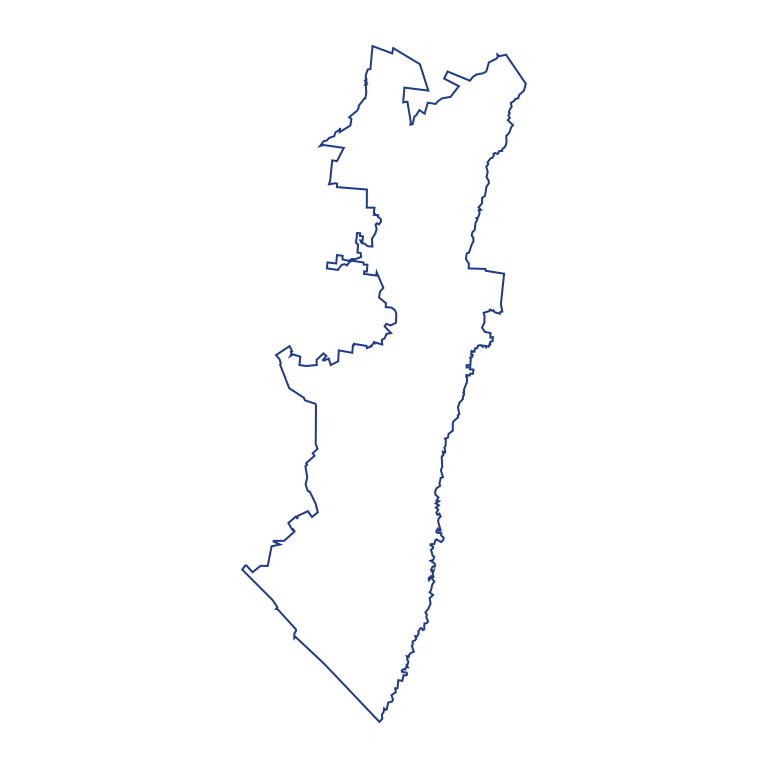 the district of Tapachula, Chiapas, Mexico
{"feature_id": "50627088B38747904305717", "entity_name": "Tapachula", "entity_type": "district", "adm_level": 2, "iso_a3": "MEX", "parent_name": "Mexico", "parent_adm1": "Chiapas", "projection": "natural_earth1", "projection_center": [-92.282, 14.927], "detail": "fine", "context": "isolated", "style": "outline", "palette": "blue", "viewbox_px": 768, "rotation_deg": 0, "n_neighbors": 0, "source": "geoboundaries", "source_scale": "gbopen_adm2", "svg_char_len": 6073}
<svg xmlns="http://www.w3.org/2000/svg" viewBox="0 0 768 768"><path d="M502.3,311.6L500.9,304.1L504.1,273.7L485.8,270.8L485.4,269.0L468.7,268.4L468.9,263.7L466.0,259.2L466.5,254.4L467.0,253.1L469.0,252.6L472.0,243.8L473.4,241.8L473.3,237.5L471.7,235.7L472.4,232.3L474.7,229.9L475.5,222.8L477.3,220.0L477.1,218.6L475.6,217.6L477.5,218.4L479.3,214.5L479.5,211.9L478.7,210.2L480.9,209.9L478.6,207.3L482.1,203.2L482.0,198.1L485.1,195.6L486.4,186.9L488.9,183.1L488.7,180.8L486.5,176.9L487.7,172.4L486.3,166.6L488.4,164.0L487.5,162.4L490.6,158.3L492.6,157.7L493.8,155.4L493.5,153.7L495.1,153.0L497.7,153.9L499.3,151.0L502.2,150.9L502.1,149.3L505.3,146.5L506.5,142.5L506.3,136.0L509.3,132.7L511.2,127.3L513.0,125.1L507.7,120.1L509.8,117.9L508.4,115.3L509.8,113.2L508.8,112.1L509.9,109.3L511.7,106.8L510.8,103.1L514.6,100.5L514.8,99.3L518.3,98.1L519.1,95.0L524.0,90.6L525.8,83.7L506.0,54.7L499.4,56.2L497.4,54.5L497.6,57.2L496.3,58.7L488.9,62.4L486.3,71.5L483.0,73.3L476.6,74.5L473.0,76.8L469.9,80.7L447.6,71.5L444.1,78.6L458.9,86.2L450.5,96.9L442.3,98.3L438.4,100.8L435.6,104.0L427.8,102.7L424.6,113.7L419.4,110.1L416.4,115.0L414.4,116.6L412.6,124.3L410.3,124.6L410.8,122.1L407.4,101.7L403.2,102.4L404.4,87.6L428.3,90.6L419.9,64.2L393.2,48.1L392.2,53.4L372.5,46.1L370.4,69.0L367.8,69.5L366.1,74.1L365.6,77.6L366.5,79.0L365.1,80.4L366.2,80.9L365.5,82.2L366.6,82.5L365.2,84.5L366.7,84.6L365.8,85.8L366.3,93.0L365.3,98.3L364.6,98.3L358.7,105.8L358.6,108.1L357.0,110.8L349.2,117.2L351.4,118.9L350.4,125.5L339.8,132.1L340.2,128.0L339.3,130.0L335.5,132.3L334.2,136.2L329.2,137.9L326.8,140.5L323.8,141.1L320.0,146.1L323.4,145.0L343.8,147.9L337.0,161.1L332.2,160.4L330.2,180.3L329.0,184.3L335.0,183.3L337.1,183.6L336.9,187.1L366.9,189.5L366.8,207.6L374.5,207.7L373.8,212.9L374.8,213.8L374.1,214.9L378.0,215.1L377.7,216.5L380.8,219.2L381.0,221.6L378.9,224.5L376.9,223.3L375.6,224.5L376.6,229.1L375.3,233.4L372.0,238.7L372.3,246.6L367.7,246.2L364.5,243.6L362.0,243.2L362.2,241.8L360.9,241.9L360.3,240.4L362.5,240.6L363.0,236.4L359.9,235.9L360.2,233.3L357.1,233.0L356.0,242.8L358.1,244.5L357.4,252.5L360.7,253.1L361.1,257.0L355.1,259.2L352.1,259.0L348.5,260.8L342.5,259.4L342.6,255.8L337.0,255.1L336.2,263.5L327.5,262.4L326.9,268.4L337.9,269.9L341.7,264.8L344.9,264.2L346.9,265.4L349.6,261.9L352.1,260.8L363.4,262.4L363.7,264.6L367.4,264.7L366.9,271.5L364.2,271.3L364.0,273.9L376.3,275.5L376.7,272.3L383.4,287.9L380.0,291.6L379.0,297.6L385.9,303.1L385.7,307.1L391.6,307.6L395.2,310.4L396.3,313.9L396.0,322.7L390.8,325.4L386.2,323.9L384.6,326.4L391.0,333.1L386.5,333.9L384.6,338.4L381.9,339.7L382.2,344.5L374.3,342.2L374.6,343.4L373.4,343.3L371.3,346.0L369.8,345.8L370.9,346.6L366.8,348.1L366.5,345.9L354.0,343.9L353.8,345.4L352.9,345.3L352.3,352.8L338.8,350.4L338.2,361.2L330.8,365.1L328.6,358.5L323.9,360.7L322.9,359.9L326.4,356.0L323.4,353.4L316.6,359.9L316.7,365.0L306.4,366.0L299.5,365.1L300.3,356.6L292.9,354.4L290.5,356.0L291.5,354.0L290.9,351.8L292.1,351.3L289.6,346.1L276.0,355.1L279.6,359.3L280.8,363.4L280.1,364.6L289.2,388.2L303.8,397.7L304.9,400.3L315.4,403.8L316.0,405.4L315.7,444.0L317.6,448.7L312.7,453.3L314.5,455.8L306.2,463.1L307.1,464.7L305.4,466.2L307.2,477.2L305.6,484.6L307.9,491.1L309.8,491.7L315.7,503.8L317.8,512.3L312.0,517.0L307.9,511.2L299.0,515.3L297.2,516.8L297.7,519.0L296.0,516.4L288.4,523.0L292.4,529.9L293.2,529.3L294.6,531.4L284.2,540.8L273.7,540.9L273.6,541.6L280.0,544.5L271.6,546.3L267.7,566.0L260.6,565.8L252.6,572.2L246.3,565.4L245.4,565.4L242.2,569.6L272.7,600.2L277.4,607.2L276.1,609.0L277.4,609.0L295.9,629.3L296.0,630.9L294.3,633.6L294.3,638.1L295.4,636.8L324.1,663.7L379.4,721.9L382.3,718.8L381.9,714.5L383.6,712.1L384.1,708.5L385.6,709.9L386.7,709.5L388.2,702.6L392.1,701.5L393.0,699.7L391.5,695.1L395.8,692.2L395.0,687.4L395.6,688.8L397.5,688.2L398.3,680.2L402.3,680.9L403.6,675.1L405.9,675.5L407.1,674.6L406.7,672.6L402.1,671.9L401.7,670.7L403.4,669.2L405.1,669.5L406.3,666.9L407.9,667.2L406.6,664.8L407.8,664.1L408.4,661.8L407.1,659.3L407.6,658.3L406.8,656.2L408.9,656.7L408.9,655.3L410.6,653.1L413.8,651.7L411.9,645.8L412.7,644.6L412.6,641.4L415.2,640.2L416.3,638.5L415.2,636.2L417.1,636.3L418.7,633.4L418.2,631.7L420.3,628.4L421.3,628.0L422.9,630.1L424.2,629.5L424.4,623.5L426.7,623.1L428.1,621.6L426.3,617.0L426.8,614.6L425.4,612.4L428.4,608.7L430.6,603.6L429.6,598.2L433.1,595.0L429.6,592.3L431.1,590.1L432.1,584.9L434.3,581.5L431.8,578.3L430.4,578.3L429.0,580.2L428.6,578.4L431.0,576.1L432.2,577.9L433.5,577.0L432.7,573.7L433.8,570.2L432.0,571.5L431.0,570.1L432.6,566.5L434.7,566.7L435.2,565.1L434.1,563.1L430.6,560.8L433.1,560.0L434.3,556.9L432.7,555.8L431.0,549.8L433.0,548.3L433.2,546.8L430.5,545.2L430.6,544.2L434.2,544.0L435.3,540.4L436.4,539.4L441.3,542.1L443.5,539.5L443.6,537.6L441.1,535.5L441.4,533.2L437.1,532.8L436.2,531.6L437.8,528.8L438.9,530.8L440.6,530.6L438.1,521.2L438.7,518.3L440.7,516.5L439.4,513.7L437.6,514.9L436.3,512.9L438.2,509.6L435.9,507.6L438.9,505.3L435.7,503.4L438.9,501.2L436.5,500.7L438.5,497.4L435.4,494.7L435.1,491.9L436.4,488.4L440.1,485.8L439.5,483.5L440.7,477.9L443.0,477.2L440.9,470.3L442.2,466.7L441.7,456.5L443.4,455.3L442.9,451.8L444.7,452.8L445.3,451.7L444.4,447.3L445.6,445.8L445.8,439.5L445.0,438.7L448.0,437.5L448.6,433.8L452.8,430.7L452.8,423.1L453.4,421.4L458.0,417.4L457.8,415.3L459.3,414.2L458.0,407.2L459.5,402.7L463.0,398.8L462.8,396.6L464.1,394.8L463.4,392.5L464.1,392.4L464.0,389.4L466.9,382.1L467.2,377.3L466.3,377.0L466.4,375.0L469.7,375.5L470.2,373.7L472.9,373.8L473.5,369.6L469.8,369.3L470.3,367.3L466.6,367.5L466.6,365.1L470.3,365.1L470.8,359.2L470.3,357.8L469.2,357.8L472.0,357.1L472.7,355.1L471.1,354.8L471.9,352.4L471.2,352.0L471.5,350.9L475.1,352.1L474.2,351.2L475.4,348.2L477.0,348.2L478.1,345.6L480.6,345.1L482.7,346.7L482.9,345.6L485.0,345.9L485.9,347.1L486.1,346.1L488.6,346.7L489.5,344.2L490.3,344.5L490.3,341.7L492.6,341.1L492.8,337.1L490.4,337.6L490.4,333.0L484.9,331.9L482.0,327.6L484.4,322.6L484.5,315.9L483.7,312.8L489.0,311.2L490.0,309.6L491.9,310.8L493.3,310.2L494.8,312.3L500.1,313.7L500.4,311.9L502.3,311.6Z" fill="none" stroke="#1e3a8a" stroke-width="2"/></svg>